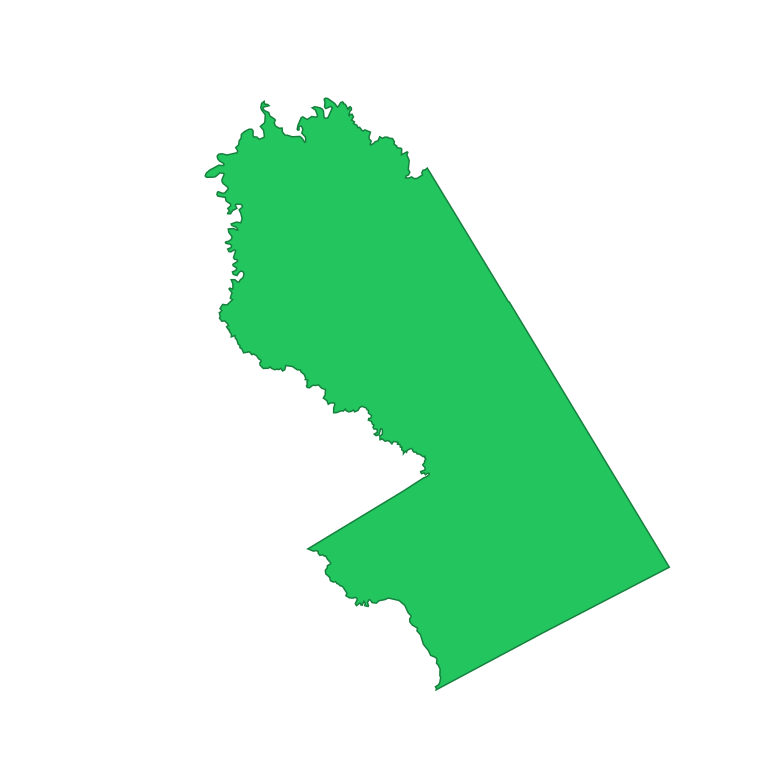 the district of San Luis, Petén, Guatemala, rotated 59°
{"feature_id": "79465075B4836456001209", "entity_name": "San Luis", "entity_type": "district", "adm_level": 2, "iso_a3": "GTM", "parent_name": "Guatemala", "parent_adm1": "Petén", "projection": "albers", "projection_center": [-89.769, 16.056], "detail": "fine", "context": "isolated", "style": "filled", "palette": "green", "viewbox_px": 768, "rotation_deg": 59, "n_neighbors": 0, "source": "geoboundaries", "source_scale": "gbopen_adm2", "svg_char_len": 6147}
<svg xmlns="http://www.w3.org/2000/svg" viewBox="0 0 768 768"><g transform="rotate(59 384 384)"><path d="M545.9,525.7L549.6,523.7L551.8,520.3L552.0,518.7L553.6,517.6L555.1,518.1L557.5,521.7L559.8,521.7L559.3,517.4L559.9,516.9L561.5,517.6L562.4,516.6L559.9,513.2L562.2,513.0L564.0,514.7L566.5,512.3L566.2,511.5L562.8,510.7L561.2,507.9L562.2,506.9L565.3,506.8L567.9,503.4L567.2,500.0L569.4,493.8L569.6,490.6L577.3,482.6L584.5,480.2L592.7,481.1L596.5,480.2L597.5,480.7L598.5,482.9L601.4,484.4L605.5,483.8L610.6,481.0L612.5,482.9L617.6,481.9L627.5,484.3L635.5,483.2L640.6,483.8L644.9,480.6L647.3,480.4L650.4,482.8L652.8,482.3L657.1,482.7L662.7,486.3L664.7,486.5L668.8,490.1L670.0,492.4L670.0,495.8L672.1,495.9L673.0,496.8L679.0,378.0L688.0,233.8L378.0,234.4L377.6,235.0L221.2,235.7L221.6,238.2L220.9,240.6L222.5,242.8L224.6,243.3L224.8,249.8L223.4,252.4L220.7,253.7L220.2,256.7L218.5,259.3L217.1,258.1L217.4,255.3L215.8,252.8L212.6,252.7L205.4,247.3L199.3,246.4L197.7,244.3L196.9,244.7L196.5,250.9L191.7,247.8L190.4,248.2L188.5,250.9L186.2,250.6L183.8,251.9L181.5,250.3L178.0,250.3L175.6,253.4L174.6,253.5L172.8,256.1L172.6,258.8L169.9,260.3L172.4,263.8L171.8,266.8L172.5,269.3L172.2,272.4L171.4,272.3L169.1,269.8L166.3,270.5L164.5,269.6L161.1,265.9L156.3,269.5L156.5,271.2L155.7,272.2L151.4,272.7L150.7,274.4L148.2,274.0L145.1,275.9L144.1,274.3L141.0,275.9L139.4,272.6L136.3,272.4L135.5,274.4L136.2,275.6L135.6,275.8L132.6,272.7L132.2,270.7L130.6,269.8L128.8,270.2L128.9,271.8L130.1,272.4L129.9,273.5L125.6,273.1L124.0,273.3L122.7,274.5L121.8,273.8L120.8,274.3L120.4,276.2L122.6,280.0L122.6,281.3L118.0,281.8L110.5,285.1L109.0,286.6L108.8,288.1L109.9,289.0L112.2,289.5L115.6,292.1L117.4,292.2L118.0,291.9L118.6,286.7L120.7,286.1L126.7,294.7L126.7,296.1L125.5,297.9L124.2,297.9L118.7,295.3L116.7,295.3L114.4,296.5L110.7,300.4L110.3,303.3L113.9,301.6L119.3,302.6L120.5,303.5L120.0,305.2L117.5,308.1L117.7,313.7L113.2,316.0L113.1,317.8L117.9,324.5L121.0,327.3L122.2,327.0L122.4,325.8L120.2,324.7L119.6,323.3L120.0,322.3L121.4,322.0L124.1,322.5L126.6,325.3L131.4,324.2L132.8,324.5L136.0,326.5L136.0,327.6L131.4,327.6L128.5,328.5L124.8,335.4L121.2,338.5L119.8,340.6L115.9,341.3L112.1,339.5L110.9,342.0L106.9,344.2L103.6,343.6L101.9,341.3L100.6,341.3L95.5,343.8L91.9,343.0L88.8,345.2L86.2,346.1L85.1,345.6L84.7,344.3L86.2,339.2L84.4,339.8L82.4,342.3L80.0,341.2L80.4,344.3L83.5,347.2L86.0,347.8L92.1,347.1L97.5,350.8L98.7,352.2L99.5,357.3L104.6,356.6L110.1,359.0L110.8,360.1L109.9,365.0L106.8,365.8L105.0,368.5L103.3,368.2L99.8,365.9L97.5,366.1L96.1,368.5L95.8,373.6L96.6,377.7L99.8,379.9L100.8,382.8L104.1,385.3L105.0,389.4L108.6,389.2L110.1,390.8L106.8,400.7L103.1,404.4L101.9,407.4L102.7,409.6L105.2,410.5L108.0,410.2L112.4,407.9L113.7,408.2L113.8,409.6L111.4,412.8L110.9,423.2L111.7,427.6L113.3,429.9L114.2,430.2L115.7,429.2L118.9,423.5L119.5,421.6L118.5,415.9L121.0,412.8L122.1,413.2L125.3,417.6L127.1,418.6L129.4,418.6L135.0,416.6L136.6,417.1L138.2,422.0L137.5,424.1L133.9,426.9L133.8,428.0L135.5,429.6L137.3,429.7L142.4,423.9L145.8,425.1L150.7,422.8L152.4,423.8L153.0,427.5L156.5,427.3L156.6,429.3L157.5,430.3L159.1,427.9L157.3,424.4L157.7,419.6L154.1,419.3L153.6,418.2L156.3,414.0L158.6,413.7L159.5,414.7L160.1,418.5L163.8,418.8L169.1,420.4L172.1,423.7L169.2,427.1L168.1,432.6L169.7,432.8L173.5,429.9L176.6,429.8L176.2,431.2L173.3,432.7L170.9,437.6L173.9,438.9L179.2,438.4L180.6,439.2L181.5,440.8L181.5,444.3L180.7,446.1L181.1,447.1L182.2,446.9L184.9,443.9L186.7,443.3L188.3,444.7L187.8,448.5L190.8,448.7L191.9,447.0L191.9,443.3L193.2,442.4L198.2,447.9L200.1,447.9L201.8,445.9L202.9,445.9L203.5,447.1L203.6,451.9L205.1,452.4L207.9,450.8L209.3,450.8L210.3,452.5L209.8,456.2L212.4,456.7L215.3,454.2L213.5,450.4L213.7,448.1L215.5,446.9L218.0,447.6L220.3,450.2L220.7,453.7L221.9,455.5L221.2,456.9L217.7,458.2L215.9,461.3L220.2,461.9L224.5,464.4L224.6,465.1L222.4,466.7L222.7,467.9L227.5,467.3L231.3,471.6L233.7,470.4L235.4,477.9L232.7,481.3L234.9,485.7L237.5,485.3L238.3,487.2L237.9,488.4L241.9,489.6L242.8,491.1L246.6,490.7L247.8,488.1L251.7,487.0L253.7,487.0L253.8,489.5L256.5,489.4L257.9,488.5L258.4,489.4L262.9,489.2L264.9,490.7L265.8,486.8L268.4,487.9L270.0,487.3L274.6,488.5L277.2,487.7L278.5,488.8L280.9,487.8L285.0,488.3L287.1,482.8L290.9,482.1L291.0,480.4L294.1,478.6L297.8,478.5L300.4,477.2L301.3,477.7L301.8,479.4L303.9,480.5L308.5,479.5L310.9,475.0L310.7,472.7L312.5,472.5L315.5,470.3L316.4,467.5L317.5,466.8L317.5,464.4L320.6,464.2L320.7,461.8L317.6,458.6L321.8,453.5L327.2,451.0L329.0,448.4L330.8,448.9L334.9,447.5L338.7,448.1L339.6,449.3L341.4,447.3L342.7,449.1L344.8,449.9L345.6,451.4L347.5,451.6L348.9,449.7L348.4,445.7L350.2,443.2L350.8,440.7L355.6,439.6L358.5,437.0L363.1,440.1L364.8,443.3L368.9,441.5L372.7,442.2L372.6,439.8L374.6,436.4L376.3,436.8L378.7,439.5L382.7,442.0L384.1,439.5L385.0,434.4L386.3,432.7L385.5,430.1L387.0,430.3L389.7,428.7L390.7,425.9L390.5,423.6L392.8,423.5L393.2,419.8L391.7,417.2L391.7,414.5L395.3,411.6L397.3,411.8L398.5,410.9L401.0,412.3L404.6,410.9L406.5,412.9L405.7,414.9L406.9,416.0L409.6,414.0L412.5,414.6L414.0,413.8L415.4,415.7L417.4,415.8L418.9,413.6L420.2,413.6L422.0,414.8L421.9,418.2L424.2,417.4L424.9,414.5L420.6,409.9L421.2,409.0L422.7,409.1L426.2,411.3L426.4,414.3L429.7,416.1L430.3,413.7L433.6,412.6L434.2,410.4L436.0,408.7L439.4,408.1L438.1,405.4L441.1,402.1L442.6,403.5L443.9,401.4L446.5,402.5L447.3,401.1L449.4,402.7L451.5,401.9L453.7,403.2L452.5,400.5L454.1,399.9L452.8,398.1L453.1,394.1L455.0,393.2L455.9,393.8L457.8,393.4L459.0,391.6L461.0,391.6L462.4,389.7L466.2,388.0L467.0,386.3L467.9,387.1L469.8,386.7L470.8,388.8L472.1,389.5L473.2,392.5L476.8,391.9L478.8,393.1L477.9,397.7L478.6,398.0L480.2,398.0L480.9,395.4L483.2,395.2L482.8,393.1L483.6,391.5L484.3,391.5L485.0,392.2L485.4,395.1L484.9,398.9L485.7,422.4L486.1,534.2L490.9,530.6L491.7,528.2L493.6,526.6L495.2,527.6L497.9,527.2L498.6,524.8L500.8,523.7L501.3,522.5L505.3,522.7L509.9,521.8L510.6,522.6L510.6,526.1L512.6,527.6L513.4,530.2L516.6,531.7L521.7,530.2L525.1,531.2L527.7,529.4L528.5,527.3L530.9,527.1L531.6,526.2L534.2,525.6L536.1,523.8L544.2,523.5L545.9,525.7Z" fill="#22c55e" stroke="#15803d" stroke-width="1.5"/></g></svg>